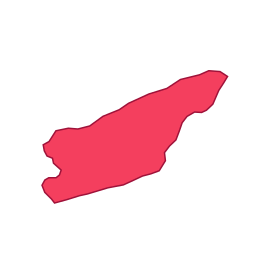 Mörbylånga, Kalmar, Sweden (Natural Earth projection), rotated 222°
{"feature_id": "70781695B97428107441054", "entity_name": "Mörbylånga", "entity_type": "district", "adm_level": 2, "iso_a3": "SWE", "parent_name": "Sweden", "parent_adm1": "Kalmar", "projection": "natural_earth1", "projection_center": [16.526, 56.492], "detail": "fine", "context": "isolated", "style": "filled", "palette": "rose", "viewbox_px": 256, "rotation_deg": 222, "n_neighbors": 0, "source": "geoboundaries", "source_scale": "gbopen_adm2", "svg_char_len": 750}
<svg xmlns="http://www.w3.org/2000/svg" viewBox="0 0 256 256"><g transform="rotate(222 128 128)"><path d="M132.4,23.1L125.6,33.7L118.7,45.3L113.9,52.0L103.0,70.0L93.4,82.6L88.6,93.7L85.1,102.0L80.3,109.3L76.2,117.1L78.3,128.7L84.4,134.1L85.1,142.4L84.4,151.2L87.8,159.9L91.3,168.2L91.9,176.1L89.2,184.4L83.7,188.8L81.6,193.7L80.9,202.5L85.7,216.7L87.1,225.6L88.5,232.9L97.4,231.5L106.3,224.6L110.5,215.3L121.5,199.1L125.6,183.4L135.2,167.3L144.1,146.8L146.8,135.6L154.4,120.0L157.8,103.9L164.6,93.7L172.2,87.9L179.7,77.7L177.6,65.1L179.8,58.8L174.9,55.0L169.4,53.0L163.9,55.0L159.8,52.0L149.5,52.0L147.5,47.2L148.2,42.9L153.6,38.0L155.0,33.7L153.6,27.9L146.8,24.5L137.2,24.0L132.4,23.1Z" fill="#f43f5e" stroke="#9f1239" stroke-width="1.5"/></g></svg>